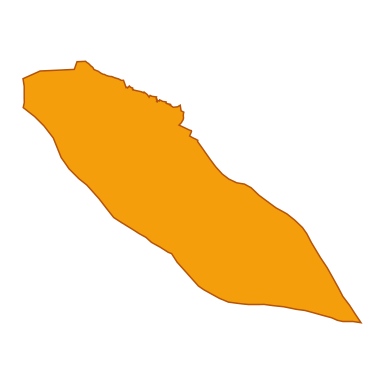 Akure South, Ondo, Nigeria
{"feature_id": "59680162B21108805782195", "entity_name": "Akure South", "entity_type": "district", "adm_level": 2, "iso_a3": "NGA", "parent_name": "Nigeria", "parent_adm1": "Ondo", "projection": "robinson", "projection_center": [5.204, 7.189], "detail": "fine", "context": "isolated", "style": "filled", "palette": "amber", "viewbox_px": 384, "rotation_deg": 0, "n_neighbors": 0, "source": "geoboundaries", "source_scale": "gbopen_adm2", "svg_char_len": 2472}
<svg xmlns="http://www.w3.org/2000/svg" viewBox="0 0 384 384"><path d="M180.2,105.2L177.6,106.8L173.3,107.3L171.1,105.8L170.6,105.5L170.8,105.0L170.5,104.4L169.3,104.7L169.0,103.9L168.0,104.0L167.5,103.7L166.8,103.6L166.7,103.3L166.0,103.0L166.2,102.3L166.2,102.0L164.9,101.7L163.9,101.6L163.3,101.5L162.8,101.4L162.2,101.2L161.0,100.5L159.6,99.9L159.2,101.0L157.4,100.4L157.3,101.8L156.6,101.6L156.7,101.3L156.9,100.4L157.0,100.2L157.0,99.7L156.7,99.7L156.8,98.9L156.2,98.7L156.5,96.9L156.0,96.9L151.9,96.3L150.5,95.6L150.1,95.4L149.5,96.4L149.1,97.1L148.8,96.6L148.5,96.2L148.1,95.8L148.0,95.6L147.1,94.4L144.1,92.1L143.8,92.8L141.2,91.7L133.0,89.9L133.2,89.3L133.0,89.2L132.4,88.9L132.6,88.0L130.5,87.2L129.6,86.3L129.3,86.0L128.5,87.0L128.3,87.1L128.0,87.5L127.6,87.9L126.9,87.2L126.1,87.6L124.8,83.9L123.5,80.3L122.1,80.4L121.2,80.3L118.3,78.8L116.8,78.4L115.5,78.0L114.2,77.6L112.9,77.0L111.6,76.5L110.5,76.5L108.8,76.2L107.4,75.8L106.0,75.3L104.4,74.4L103.7,74.4L102.5,74.0L101.2,73.3L100.4,72.8L99.2,72.0L98.5,71.4L97.6,71.0L96.7,70.7L95.6,70.2L94.3,69.7L93.7,69.1L93.2,68.0L92.1,66.8L91.1,66.1L88.4,63.4L86.7,62.4L85.6,61.3L83.8,61.4L77.0,61.7L74.3,69.4L59.9,70.1L40.1,71.0L23.0,78.7L24.2,86.3L24.2,97.6L24.3,102.6L23.2,107.6L34.7,116.6L44.0,125.9L53.3,138.0L61.2,157.6L65.6,163.8L69.0,168.8L75.0,174.8L79.0,178.8L86.8,185.0L93.5,192.5L99.1,198.8L105.8,207.5L113.7,217.5L121.4,222.5L126.6,225.7L131.5,228.7L139.3,233.7L146.0,237.4L151.5,242.4L160.4,247.3L161.6,248.1L168.2,252.3L171.6,253.6L177.2,262.3L185.0,271.0L191.7,278.5L198.4,286.0L203.9,289.8L210.6,293.5L219.5,298.4L228.4,302.1L237.3,303.3L243.2,304.0L248.4,304.5L259.5,304.5L264.0,304.4L272.9,305.6L284.0,306.8L296.2,309.3L305.1,310.5L314.0,312.9L322.9,315.4L331.8,317.8L337.4,320.3L342.9,321.5L347.4,321.5L352.9,321.5L361.0,322.7L355.1,313.9L349.5,305.2L342.8,296.4L338.3,287.7L332.7,277.6L327.1,267.6L320.4,257.6L311.4,242.6L306.9,233.9L302.5,227.6L294.7,220.1L286.9,213.9L275.7,207.7L259.0,195.3L251.2,187.8L244.5,184.1L236.7,182.8L228.9,179.1L222.3,174.1L215.6,166.7L210.0,159.2L204.9,151.9L202.1,147.9L197.8,141.9L197.6,141.4L197.8,140.3L196.8,139.8L196.0,139.3L195.3,139.0L194.8,138.7L193.6,138.2L191.4,137.0L189.6,136.0L191.1,132.5L191.5,131.3L191.3,130.6L189.9,130.3L184.9,127.9L179.0,125.1L180.3,123.8L181.5,122.5L182.1,121.3L182.9,120.2L183.2,119.3L183.5,118.4L183.4,116.4L183.3,115.2L183.4,114.0L183.8,112.2L181.1,110.8L180.2,105.2Z" fill="#f59e0b" stroke="#b45309" stroke-width="1.5"/></svg>